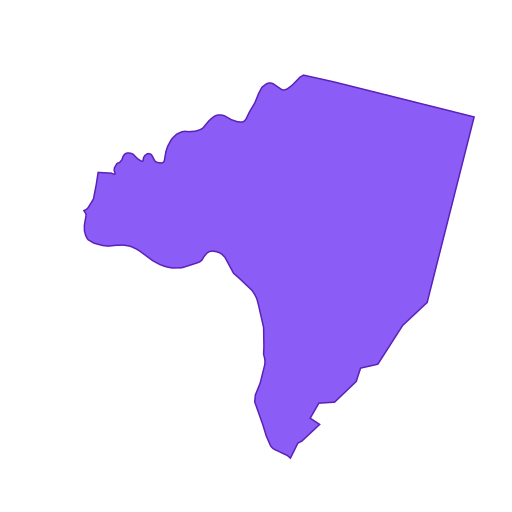 outline of Lee, Iowa, United States of America, rotated 104°
{"feature_id": "52423323B84333675271441", "entity_name": "Lee", "entity_type": "district", "adm_level": 2, "iso_a3": "USA", "parent_name": "United States of America", "parent_adm1": "Iowa", "projection": "albers", "projection_center": [-91.454, 40.596], "detail": "fine", "context": "isolated", "style": "filled", "palette": "violet", "viewbox_px": 512, "rotation_deg": 104, "n_neighbors": 0, "source": "geoboundaries", "source_scale": "gbopen_adm2", "svg_char_len": 2012}
<svg xmlns="http://www.w3.org/2000/svg" viewBox="0 0 512 512"><g transform="rotate(104 256 256)"><path d="M69.0,253.7L71.9,256.6L81.7,262.3L86.3,266.1L87.8,268.2L88.4,269.8L88.2,271.6L84.6,281.3L84.6,283.5L85.0,285.4L86.3,287.4L90.7,291.0L97.3,292.7L107.7,294.2L117.8,297.2L125.8,298.9L127.8,299.9L128.9,301.1L129.6,302.5L130.2,306.6L129.7,312.9L127.6,320.5L127.5,322.7L128.1,326.2L129.2,328.6L130.8,330.5L133.4,332.5L136.2,334.4L144.7,338.5L147.0,340.8L149.5,344.9L151.7,351.5L152.2,355.1L152.8,356.6L153.5,358.2L157.0,362.5L161.4,365.3L163.8,366.4L170.7,368.2L176.3,368.7L185.7,368.0L187.2,368.3L187.9,369.0L188.6,370.2L189.1,373.5L189.0,375.3L188.5,376.7L187.2,378.1L183.6,381.3L182.6,382.9L182.6,384.9L183.1,386.2L185.4,388.2L187.9,388.9L191.1,388.7L191.6,389.4L191.6,390.7L190.2,394.6L186.9,400.0L186.6,402.6L187.0,405.3L188.1,407.4L189.6,408.4L192.0,409.2L194.8,409.3L197.8,410.7L198.8,411.7L199.3,412.7L200.2,413.4L204.7,414.7L207.4,414.3L209.8,412.7L210.6,412.7L211.0,413.1L211.0,414.2L210.6,416.3L213.1,429.4L225.2,428.3L240.0,427.5L249.7,430.6L251.8,431.8L253.6,434.0L256.0,431.5L257.6,430.7L267.6,430.0L273.0,428.6L277.0,426.4L279.2,424.7L280.8,422.9L282.6,417.0L282.8,415.3L282.9,406.9L282.1,401.6L279.6,394.7L277.5,387.3L277.0,381.5L277.2,378.6L278.2,373.6L279.3,370.1L285.5,355.2L287.5,347.4L288.1,342.6L288.2,339.2L287.9,334.5L285.6,325.9L284.9,324.3L276.9,311.4L275.3,309.2L273.1,307.5L269.1,306.3L265.2,304.4L263.1,302.5L261.8,299.6L261.4,295.6L261.7,292.1L262.4,289.8L264.7,285.9L278.2,273.6L281.6,267.0L290.5,251.3L294.2,247.4L297.4,244.8L303.0,241.7L323.6,231.3L342.4,226.3L349.4,224.9L353.5,222.7L356.7,221.6L360.0,221.2L378.2,221.2L391.0,223.0L397.7,222.0L398.7,221.4L418.0,208.6L428.0,202.6L436.7,195.9L437.7,194.6L438.7,192.9L439.4,190.3L442.0,177.3L443.8,173.7L427.4,170.1L424.5,166.7L404.0,153.5L400.3,164.2L383.6,159.4L378.8,144.4L353.5,128.4L339.5,127.4L331.5,111.6L287.9,96.9L259.7,78.7L68.3,78.0L68.2,221.0L69.0,253.7Z" fill="#8b5cf6" stroke="#5b21b6" stroke-width="1.5"/></g></svg>